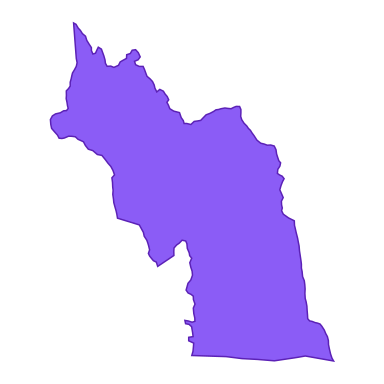 outline of Jussiape, Bahia, Brazil
{"feature_id": "56859067B44005260140966", "entity_name": "Jussiape", "entity_type": "district", "adm_level": 2, "iso_a3": "BRA", "parent_name": "Brazil", "parent_adm1": "Bahia", "projection": "natural_earth1", "projection_center": [-41.617, -13.496], "detail": "fine", "context": "isolated", "style": "filled", "palette": "violet", "viewbox_px": 384, "rotation_deg": 0, "n_neighbors": 0, "source": "geoboundaries", "source_scale": "gbopen_adm2", "svg_char_len": 3291}
<svg xmlns="http://www.w3.org/2000/svg" viewBox="0 0 384 384"><path d="M73.6,23.0L76.3,58.5L77.1,62.7L76.3,66.3L74.5,69.7L72.5,73.0L71.8,75.8L71.2,78.7L70.2,82.2L70.2,86.1L68.5,88.6L66.3,90.9L66.4,95.4L66.2,98.7L67.0,102.4L67.5,105.8L68.2,108.4L66.5,110.6L63.6,110.8L60.3,112.8L55.5,113.9L52.4,115.9L50.4,119.6L50.8,124.5L51.6,128.4L54.7,132.0L57.5,135.1L59.1,138.2L61.9,138.5L64.4,138.0L68.6,136.2L71.8,136.3L75.4,136.8L78.0,139.3L80.7,140.5L83.5,141.8L85.4,145.5L88.3,149.2L92.8,150.6L97.3,154.5L101.9,155.4L105.3,159.6L108.2,163.5L110.8,166.4L113.0,170.5L114.5,174.9L111.9,177.8L112.5,182.4L112.7,187.0L113.1,190.3L112.8,194.4L113.5,199.3L113.8,202.6L114.9,206.7L116.1,210.9L116.8,214.0L117.5,218.2L139.3,224.9L141.7,229.3L143.4,232.4L144.2,236.2L146.8,240.2L147.8,243.0L148.6,245.7L149.6,249.9L148.4,253.4L149.6,256.0L151.4,258.3L153.4,260.7L156.3,262.1L157.7,266.4L173.9,255.5L173.8,251.3L174.0,248.0L176.6,245.0L179.2,243.2L182.1,240.2L185.7,241.0L186.9,243.7L187.3,248.4L189.2,252.8L189.7,255.7L191.7,258.2L189.8,262.7L190.8,267.2L192.1,271.1L192.5,275.2L190.8,280.0L188.0,283.3L187.0,286.9L186.1,290.1L188.1,293.0L191.1,294.4L193.3,296.2L193.4,299.5L195.0,304.1L193.3,308.1L193.8,313.6L194.8,318.1L194.9,321.3L192.1,322.2L188.4,321.0L184.9,320.4L185.6,323.7L189.1,324.4L191.6,326.7L192.6,332.6L193.1,336.6L188.7,337.3L188.7,340.8L193.7,343.1L193.4,347.0L193.0,351.3L191.8,355.5L226.1,356.6L242.0,358.6L257.2,359.4L274.4,360.8L294.0,357.9L297.8,357.3L305.3,356.0L333.6,361.0L332.0,358.2L330.6,354.1L329.4,349.0L328.5,344.6L328.4,340.6L327.4,336.6L325.7,333.5L324.3,330.1L321.8,326.2L320.0,324.0L317.5,323.1L315.1,322.6L312.1,321.4L309.6,320.9L307.7,318.7L307.5,314.8L307.1,310.0L306.9,306.2L306.1,301.7L305.2,298.4L304.9,293.4L305.1,289.0L304.8,284.7L304.3,280.8L302.6,276.6L302.1,271.5L301.4,268.1L301.4,264.1L300.9,260.2L300.2,255.5L299.5,250.9L299.1,246.0L298.3,242.0L297.6,238.2L296.1,232.3L295.2,228.2L294.5,225.4L294.3,220.8L288.5,217.9L283.3,214.2L281.6,210.7L282.3,208.0L281.6,205.0L281.4,201.2L283.2,197.6L281.5,193.6L279.8,189.8L281.0,185.6L282.5,181.7L284.1,178.7L282.2,176.2L279.5,174.9L277.4,173.4L277.8,169.4L279.9,166.1L280.6,162.8L278.8,160.7L277.8,157.7L276.6,154.0L276.0,149.7L274.2,146.0L270.7,145.0L267.2,145.2L264.4,144.1L260.7,143.2L256.9,140.1L254.0,135.6L252.0,132.9L250.4,130.3L248.4,128.4L246.8,126.0L244.0,123.2L241.7,119.6L240.7,116.4L240.9,112.9L240.9,109.5L239.6,106.5L236.2,106.4L233.9,107.3L231.1,108.7L227.8,108.4L224.9,108.0L221.1,108.7L218.5,109.5L216.0,109.8L213.7,111.4L209.9,113.4L206.1,114.8L202.8,118.2L200.7,120.4L197.3,121.0L194.2,121.4L190.9,124.5L186.8,123.5L184.1,123.5L183.3,120.6L181.2,117.6L179.5,112.6L173.7,111.1L169.8,108.7L168.4,105.1L166.9,102.3L168.7,99.8L167.2,96.5L165.0,93.9L163.4,91.2L159.8,89.4L156.8,91.9L154.9,88.1L154.2,85.0L152.5,81.5L150.1,78.9L147.0,76.3L145.8,73.1L144.5,69.5L143.1,66.4L139.2,66.4L135.6,64.7L134.5,61.3L138.1,59.8L140.2,56.9L138.3,52.7L135.6,49.7L132.2,50.2L130.3,53.5L126.7,54.7L126.5,58.4L122.8,60.4L120.2,61.9L118.5,65.3L113.9,67.4L110.8,66.1L107.1,66.3L105.4,63.2L105.0,59.9L103.8,55.7L101.4,49.1L98.3,47.2L96.9,50.0L95.5,53.2L92.9,54.0L91.4,50.5L91.4,47.6L89.2,44.3L86.8,40.4L85.5,36.2L82.4,33.6L80.3,30.3L78.2,28.1L76.0,24.3L73.6,23.0Z" fill="#8b5cf6" stroke="#5b21b6" stroke-width="1.5"/></svg>